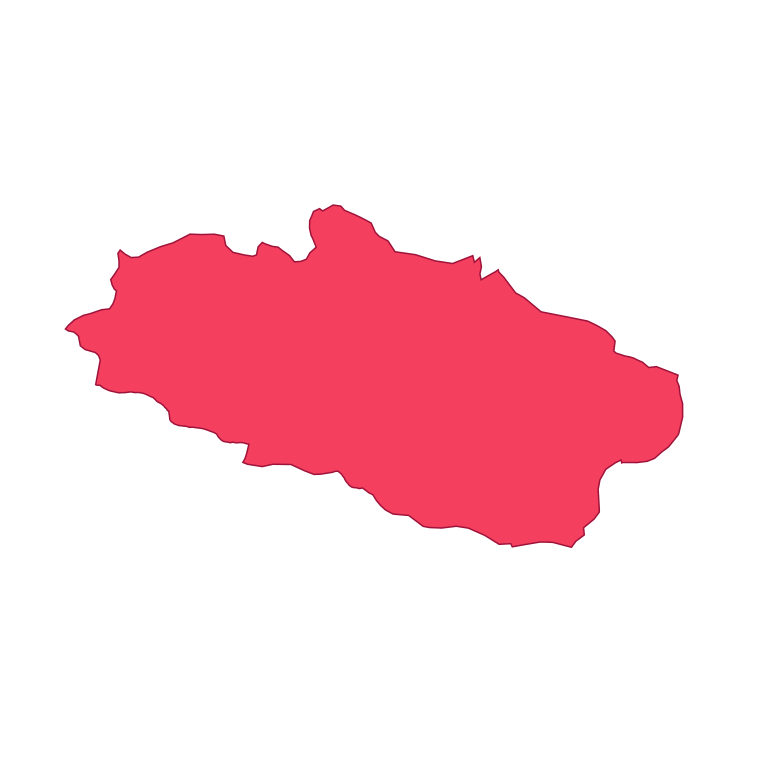 Tougue, Tougué, Guinea, rotated 249°
{"feature_id": "49546643B49131951551470", "entity_name": "Tougue", "entity_type": "district", "adm_level": 2, "iso_a3": "GIN", "parent_name": "Guinea", "parent_adm1": "Tougué", "projection": "natural_earth1", "projection_center": [-11.477, 11.51], "detail": "fine", "context": "isolated", "style": "filled", "palette": "rose", "viewbox_px": 768, "rotation_deg": 249, "n_neighbors": 0, "source": "geoboundaries", "source_scale": "gbopen_adm2", "svg_char_len": 3411}
<svg xmlns="http://www.w3.org/2000/svg" viewBox="0 0 768 768"><g transform="rotate(249 384 384)"><path d="M286.9,661.7L302.6,644.5L304.5,637.1L311.7,633.1L316.0,628.8L318.5,626.6L321.1,623.3L324.1,618.5L325.6,616.8L329.5,611.9L332.3,610.3L341.2,615.1L346.5,613.7L354.3,610.2L362.3,603.7L369.8,596.6L379.9,580.7L395.1,556.5L414.0,546.0L421.9,539.5L440.7,534.1L447.4,531.3L449.7,531.6L448.9,528.3L448.1,522.6L446.5,512.0L452.4,513.0L458.6,517.0L467.7,518.8L465.2,512.0L472.0,512.9L471.9,491.2L480.6,475.9L493.4,459.8L503.5,441.7L516.1,439.0L523.5,432.5L528.8,430.2L538.9,429.7L543.2,426.0L547.6,422.1L552.5,417.4L560.3,409.4L565.6,407.4L569.3,400.6L568.2,393.5L567.6,388.6L570.8,386.7L570.3,380.0L567.3,377.3L563.2,373.2L556.2,370.3L548.7,369.2L545.5,369.6L536.0,369.7L533.0,361.8L528.3,356.3L528.3,350.1L530.2,344.1L537.8,341.8L545.2,336.8L549.7,334.2L552.5,329.1L557.3,323.4L559.8,321.1L557.2,315.7L553.2,313.1L550.2,311.2L550.3,307.2L554.5,299.9L561.0,290.2L570.0,285.9L579.5,287.5L584.6,279.4L589.0,267.0L593.4,256.6L591.4,237.7L592.3,224.1L591.9,210.1L590.4,200.3L592.7,193.2L598.2,188.7L603.6,185.7L601.3,182.4L594.1,180.8L587.8,178.4L582.9,171.6L579.4,166.3L574.1,165.7L569.3,166.2L566.9,167.6L560.3,163.5L556.0,159.7L552.5,154.7L554.5,147.2L555.0,134.6L555.8,127.9L554.8,117.9L552.0,110.6L550.0,107.2L549.5,106.3L546.7,108.3L543.9,112.8L541.5,114.4L537.9,115.9L528.5,114.2L523.3,117.3L516.8,125.8L512.9,127.7L508.1,127.7L490.0,116.6L486.7,114.6L485.8,115.5L484.5,118.6L483.7,118.8L480.8,120.7L479.0,122.4L476.9,124.5L475.6,126.0L473.9,128.6L472.2,131.1L470.6,133.6L470.0,135.7L468.7,139.3L468.1,141.9L467.4,144.7L465.3,148.3L463.9,152.1L462.1,155.2L460.5,157.2L457.8,159.9L455.6,161.9L454.1,163.6L451.4,164.9L449.0,165.9L447.5,167.0L446.5,168.1L444.8,169.3L443.3,170.1L442.3,170.7L441.0,170.9L440.0,171.4L438.8,172.1L436.8,172.3L435.9,173.4L433.2,172.7L431.2,172.3L429.4,171.8L427.5,171.3L425.0,171.9L423.3,173.1L422.0,173.8L420.3,175.8L418.8,177.5L417.7,179.7L416.3,182.2L415.4,184.2L413.2,186.9L412.3,189.8L411.2,191.7L410.1,193.8L408.8,196.2L407.7,198.2L406.4,200.0L404.2,202.7L402.5,204.6L400.5,206.9L398.7,208.8L397.1,209.8L393.7,210.4L391.4,211.4L390.2,211.9L388.7,212.9L387.6,214.0L386.9,215.2L386.5,215.9L385.7,217.4L384.2,219.6L384.0,221.8L383.0,223.3L382.0,225.0L381.3,227.4L380.7,229.3L379.4,231.7L378.7,232.8L377.4,234.3L376.2,236.3L367.7,230.4L363.9,227.2L361.4,224.1L358.0,227.8L350.5,240.8L348.9,251.5L342.2,268.3L331.4,278.8L324.7,286.2L322.6,292.3L320.3,302.9L320.0,304.4L320.0,306.7L319.5,308.6L318.9,310.0L317.8,310.5L316.1,311.5L314.5,312.2L312.8,312.5L310.6,313.2L308.9,313.3L307.2,313.5L305.1,314.2L303.6,314.7L301.9,315.2L299.0,317.2L297.6,319.7L297.2,320.7L295.7,322.9L295.2,323.5L294.6,326.7L287.6,331.1L286.3,332.4L284.6,333.9L282.2,334.4L277.8,335.2L271.8,337.3L265.8,340.3L259.3,345.9L252.4,360.0L237.1,369.5L233.7,375.0L228.9,386.2L225.3,400.5L219.3,411.0L206.6,423.8L193.1,434.0L189.5,445.1L186.0,445.4L185.7,447.0L183.8,457.0L180.6,472.8L178.2,479.0L175.7,484.7L175.6,484.9L164.4,500.5L168.5,506.9L171.3,516.9L178.3,518.8L180.1,524.3L182.6,531.7L187.2,539.0L189.3,539.9L209.0,546.2L217.1,551.2L224.9,560.5L227.5,571.6L228.1,578.0L225.1,577.7L225.2,578.7L220.0,592.0L217.5,602.0L217.6,609.9L221.0,618.9L223.4,627.3L230.7,639.8L232.1,641.4L246.2,651.0L258.6,655.7L268.5,656.7L276.1,658.7L282.3,658.6L286.9,661.7Z" fill="#f43f5e" stroke="#9f1239" stroke-width="1.5"/></g></svg>